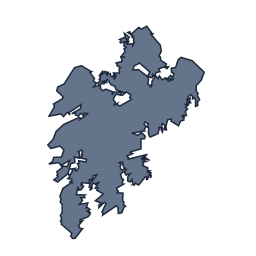 the district of Vestvågøy nor, Nordland, Norway, rotated 347°
{"feature_id": "86288312B23095338426398", "entity_name": "Vestvågøy nor", "entity_type": "district", "adm_level": 2, "iso_a3": "NOR", "parent_name": "Norway", "parent_adm1": "Nordland", "projection": "albers", "projection_center": [13.78, 68.202], "detail": "fine", "context": "isolated", "style": "filled", "palette": "slate", "viewbox_px": 256, "rotation_deg": 347, "n_neighbors": 0, "source": "geoboundaries", "source_scale": "gbopen_adm2", "svg_char_len": 5789}
<svg xmlns="http://www.w3.org/2000/svg" viewBox="0 0 256 256"><g transform="rotate(347 128 128)"><path d="M51.7,223.6L61.1,215.8L58.9,215.2L57.9,211.8L62.8,208.2L60.0,208.4L60.6,206.7L69.4,205.4L71.7,203.4L69.9,200.2L71.7,201.3L70.8,199.3L72.6,198.8L70.2,195.9L69.0,197.1L72.0,192.0L63.4,191.5L67.4,188.4L66.3,185.3L70.2,186.2L70.0,183.7L70.7,183.7L70.9,183.7L71.1,183.6L62.6,181.4L66.0,174.1L66.1,177.6L68.5,177.6L71.5,175.0L70.5,172.6L69.1,173.9L70.4,170.9L77.8,173.2L78.9,169.5L80.4,171.2L83.6,166.6L87.2,166.6L78.2,173.9L76.9,177.0L79.3,177.3L76.6,180.1L79.3,179.1L79.9,175.6L82.2,173.7L83.6,175.7L84.8,174.7L85.3,175.2L87.2,174.1L87.4,174.2L82.5,179.3L85.2,179.5L83.6,181.7L89.1,186.7L79.8,191.6L85.5,195.4L82.6,196.2L81.7,199.1L88.1,195.1L89.6,196.7L83.7,204.0L84.4,205.8L83.7,207.2L99.0,201.2L100.3,203.0L99.3,209.1L102.8,209.3L106.9,203.5L108.5,204.2L106.4,201.5L107.4,199.1L106.3,198.0L108.5,190.3L102.7,188.7L104.4,187.3L103.3,185.9L103.7,184.0L111.1,181.7L110.2,181.4L110.4,178.9L112.1,177.4L110.6,175.7L110.3,171.2L114.0,169.4L111.7,166.3L111.5,163.8L113.3,161.6L111.7,159.9L115.0,159.9L114.7,164.5L115.8,166.2L114.3,167.3L117.0,168.0L114.5,170.0L115.4,173.4L120.0,173.0L116.7,175.7L115.8,179.6L118.4,181.2L120.2,179.0L120.4,183.7L119.6,184.1L121.4,184.4L120.7,185.6L122.7,183.5L125.5,186.0L134.0,179.4L135.4,180.2L134.4,182.2L135.3,182.5L138.4,178.0L139.1,179.0L138.6,181.7L140.0,179.8L139.2,179.0L140.3,176.8L137.6,175.8L139.8,174.7L137.2,174.0L138.4,171.4L133.7,167.6L135.1,166.5L134.7,164.4L138.3,164.8L135.6,162.5L137.5,162.3L137.4,161.9L134.9,161.7L136.7,160.4L135.3,160.4L137.0,159.4L136.1,158.6L138.0,159.7L136.6,161.3L141.8,164.4L137.7,160.3L140.1,158.1L120.5,158.4L122.0,157.6L120.7,155.1L126.8,154.0L124.6,152.4L125.4,151.8L136.0,151.3L138.1,141.6L141.7,142.2L142.9,139.8L140.1,135.4L136.1,137.3L130.6,133.9L143.5,134.6L142.8,134.0L146.0,130.6L144.4,127.6L146.1,126.0L148.7,128.6L146.8,131.2L148.2,132.5L146.7,137.6L147.0,140.8L147.6,141.8L155.9,140.3L158.1,136.2L158.0,134.6L158.4,134.3L161.0,136.0L159.9,137.0L160.6,139.6L162.1,136.2L160.8,134.7L162.4,131.5L164.4,133.5L163.4,138.1L165.1,138.4L165.1,135.4L168.5,128.8L172.3,129.2L171.5,131.0L177.7,137.2L180.9,133.0L184.2,132.9L184.7,130.8L183.3,128.5L184.9,128.0L185.7,130.7L185.0,128.4L187.8,128.9L187.5,124.9L190.3,122.8L188.7,120.9L190.3,119.9L189.4,118.2L192.5,119.6L190.7,117.2L192.4,115.1L192.9,117.5L194.8,117.5L194.0,115.8L195.4,112.5L191.3,114.3L194.3,110.5L196.8,109.6L198.3,112.1L197.4,114.2L199.5,113.5L200.1,115.9L198.6,122.1L201.0,121.9L201.7,118.2L204.2,116.4L202.9,112.1L204.1,109.9L202.8,107.7L203.9,102.2L210.3,97.7L214.8,90.8L205.7,76.9L195.6,71.1L192.1,72.8L188.1,79.8L183.5,79.5L183.0,83.7L185.1,85.2L183.0,88.6L181.3,86.3L176.8,89.2L183.0,90.3L182.4,90.9L177.9,91.6L176.0,87.5L172.2,88.7L170.3,84.2L168.4,86.8L166.9,83.6L162.0,87.7L160.2,92.8L159.1,93.0L159.8,91.8L157.2,89.8L159.1,84.9L158.4,82.0L151.3,73.4L145.9,72.7L147.9,68.9L153.9,67.3L161.8,78.3L158.5,82.3L162.9,84.5L164.4,81.5L165.2,84.1L167.9,80.2L171.9,80.4L171.0,77.4L177.4,76.4L177.1,76.9L179.6,78.9L181.2,77.3L177.8,77.1L179.9,74.3L175.3,69.6L175.5,66.1L174.3,64.9L177.6,60.9L178.1,54.6L172.0,42.9L173.0,42.2L171.7,42.3L171.7,40.0L172.9,41.8L169.2,33.0L163.2,34.7L161.2,32.4L151.7,37.5L151.4,34.6L149.1,34.9L153.5,39.3L152.9,39.3L152.8,39.6L152.5,39.8L152.1,40.2L153.7,41.4L152.8,45.6L153.4,46.0L151.1,48.9L151.1,46.8L146.1,46.4L147.9,44.2L146.9,44.4L147.7,42.7L146.6,42.3L145.8,39.7L147.9,41.8L149.6,39.7L145.8,35.0L145.9,38.8L140.0,39.8L140.7,40.2L139.5,42.9L140.2,43.5L146.9,43.3L143.2,45.0L142.4,47.0L144.1,49.2L141.9,50.0L142.3,52.9L137.4,56.8L141.3,58.7L137.1,57.0L137.4,61.7L131.0,62.0L131.9,63.7L131.2,64.7L134.3,67.5L132.6,68.4L132.0,72.6L126.4,71.2L128.1,74.6L125.1,77.8L126.4,75.3L125.5,74.8L127.2,74.2L125.6,72.2L126.2,73.6L124.5,74.2L125.4,74.3L125.2,75.0L123.0,73.9L123.0,70.9L121.1,70.6L121.2,68.5L119.6,72.0L119.0,71.2L119.7,68.7L118.7,67.9L118.7,68.9L117.4,68.1L116.7,69.4L115.6,68.9L114.9,70.0L114.1,70.2L116.5,66.5L111.9,70.5L112.6,72.8L110.9,73.9L111.9,75.5L108.8,77.1L109.2,79.6L110.9,79.9L113.4,77.1L115.0,76.9L113.7,79.4L114.7,79.5L116.3,76.7L115.8,78.5L117.6,79.0L117.4,76.9L118.9,75.8L121.0,81.9L124.4,84.2L125.0,88.1L132.2,92.6L129.4,95.1L134.6,92.5L138.1,96.5L136.4,98.8L138.0,100.6L136.3,101.4L125.2,104.7L122.4,102.6L123.4,101.6L120.0,102.5L121.5,100.2L120.0,97.1L121.7,94.5L124.0,92.4L128.5,94.5L129.6,91.7L122.2,89.7L119.7,92.2L121.2,89.3L115.2,85.1L112.2,86.1L109.8,83.2L110.6,81.9L109.6,80.1L103.7,80.2L107.5,77.2L104.8,74.7L106.5,72.1L103.4,65.5L103.7,65.2L104.6,65.3L104.8,65.2L103.4,65.1L104.8,64.7L96.6,56.8L89.5,57.2L75.5,70.8L68.8,72.2L66.9,75.8L71.5,82.6L71.1,84.6L60.7,87.9L61.5,89.2L60.4,91.5L53.7,98.7L65.9,99.2L67.7,102.4L72.4,99.0L74.2,101.7L74.5,101.1L73.9,100.4L73.9,99.7L87.7,94.6L85.9,98.5L76.4,101.3L80.3,101.6L79.7,103.3L82.2,105.2L85.4,103.1L87.7,106.4L88.4,103.6L91.9,104.9L83.1,109.0L83.9,107.9L82.8,106.7L66.0,110.1L57.2,115.2L52.3,122.4L46.0,126.5L48.3,130.6L57.7,130.3L60.6,135.0L56.6,141.4L49.0,139.9L46.7,143.8L42.7,145.3L52.4,146.1L54.8,149.1L64.1,146.4L59.9,152.1L54.2,149.5L55.1,151.8L48.8,154.6L49.1,157.4L48.1,158.1L49.1,159.6L44.1,161.8L47.2,164.8L59.1,159.1L64.3,149.9L68.6,149.7L69.2,144.1L73.4,146.4L73.9,144.9L74.7,144.4L74.9,140.9L74.1,139.9L77.9,139.1L78.2,141.1L76.8,143.4L77.7,144.6L74.2,146.3L80.5,149.1L79.5,151.6L72.5,148.8L72.4,151.2L70.6,151.4L71.3,152.5L70.9,156.0L67.9,158.3L66.9,157.2L68.1,155.5L63.1,155.1L64.9,156.5L61.3,160.5L59.4,159.4L60.4,162.2L57.9,163.8L61.8,165.4L60.9,167.1L61.5,168.4L58.7,166.8L60.2,168.6L51.0,172.2L46.1,179.5L46.9,181.9L45.3,184.9L46.7,188.1L44.8,195.3L42.4,198.1L43.0,201.3L41.2,203.6L42.1,205.3L41.3,206.7L49.5,217.8L47.9,220.4L49.1,223.2L51.7,223.6Z" fill="#64748b" stroke="#1e293b" stroke-width="1.5"/></g></svg>